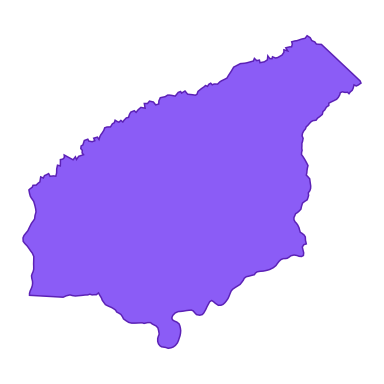 the district of Montalvânia, Minas Gerais, Brazil
{"feature_id": "56859067B79304737578850", "entity_name": "Montalvânia", "entity_type": "district", "adm_level": 2, "iso_a3": "BRA", "parent_name": "Brazil", "parent_adm1": "Minas Gerais", "projection": "albers", "projection_center": [-44.496, -14.472], "detail": "fine", "context": "isolated", "style": "filled", "palette": "violet", "viewbox_px": 384, "rotation_deg": 0, "n_neighbors": 0, "source": "geoboundaries", "source_scale": "gbopen_adm2", "svg_char_len": 4796}
<svg xmlns="http://www.w3.org/2000/svg" viewBox="0 0 384 384"><path d="M28.9,189.9L29.5,193.2L30.3,196.2L31.4,198.1L32.5,199.6L33.7,201.4L34.3,203.4L35.0,205.9L35.7,209.1L36.0,212.0L35.0,215.6L34.6,218.9L33.2,221.0L31.5,223.3L30.2,225.9L28.9,228.5L27.9,230.7L25.9,233.1L24.0,235.5L23.0,237.9L23.2,241.4L24.8,243.5L27.3,246.1L29.2,248.8L30.7,251.0L32.3,253.1L33.8,256.5L33.7,260.9L33.6,264.0L33.7,266.3L33.7,269.2L33.2,271.4L32.1,273.9L31.5,275.8L31.8,278.3L32.5,281.2L32.6,283.4L32.3,285.7L31.4,288.3L30.2,290.9L29.5,293.3L29.5,295.3L63.2,297.2L66.3,295.8L70.0,294.9L72.5,295.6L75.4,296.0L78.4,295.7L81.9,295.4L85.0,295.0L87.8,294.9L89.8,294.2L92.1,294.9L94.2,294.7L96.4,294.7L98.5,292.9L99.7,295.1L101.4,297.9L102.3,300.3L103.8,302.4L105.4,304.6L107.1,305.5L109.0,306.4L111.4,307.4L113.3,308.5L115.5,310.0L116.7,312.0L118.6,313.0L120.9,314.4L122.5,316.8L123.5,318.9L126.0,320.7L128.7,322.4L131.6,323.1L135.2,323.1L139.1,322.9L142.2,322.8L144.1,323.4L147.6,322.6L150.5,322.6L152.1,323.9L154.0,324.9L156.0,325.9L157.9,327.9L158.6,330.6L159.2,334.1L158.3,336.4L157.7,338.5L157.7,341.4L158.5,343.9L160.0,345.8L161.6,346.8L165.6,347.4L168.2,348.3L171.0,347.8L173.2,347.0L175.4,345.4L177.4,342.9L178.5,340.4L179.2,338.2L180.0,335.8L180.5,333.2L180.7,330.7L180.4,328.2L179.9,326.0L179.1,323.9L176.9,322.1L174.1,320.9L172.5,319.8L171.8,318.0L172.7,315.5L175.1,313.0L178.1,311.6L180.9,311.4L183.4,311.1L186.2,310.6L188.6,310.3L191.4,310.1L193.2,310.9L194.6,312.6L196.5,314.6L199.7,315.2L202.2,314.6L203.6,313.2L204.6,311.5L205.8,309.4L207.1,306.5L208.4,304.1L209.7,301.7L211.7,300.5L213.4,301.6L215.2,303.2L218.3,305.3L221.1,305.2L223.0,304.4L224.8,302.8L226.2,301.1L227.9,298.7L228.8,296.8L229.9,294.0L231.1,291.1L232.7,289.2L235.3,287.4L237.9,285.8L240.1,284.4L242.0,282.0L243.3,280.2L244.3,278.2L246.3,276.7L248.7,276.2L250.8,275.6L254.4,274.7L255.4,273.1L257.2,271.8L260.2,271.3L263.1,271.1L265.7,270.6L267.7,270.1L269.7,269.5L271.5,268.6L273.3,267.7L275.9,265.6L277.6,263.2L279.1,261.3L280.9,259.6L283.3,258.6L285.2,258.6L287.2,258.3L289.0,257.2L290.8,255.8L294.0,255.0L297.0,255.5L299.1,256.3L301.5,256.5L303.4,255.5L303.7,252.9L302.9,249.6L302.3,247.0L303.8,244.7L306.3,243.9L305.5,240.4L305.3,236.9L304.1,235.0L302.1,233.4L300.3,232.3L299.7,230.4L299.0,227.7L297.7,225.0L296.4,223.2L295.1,221.9L294.0,219.8L293.9,217.7L294.7,215.9L295.6,213.7L297.5,212.5L299.1,211.1L300.9,209.2L301.5,206.4L302.5,203.1L304.7,201.4L307.2,199.8L307.9,197.8L308.6,195.4L308.3,192.9L309.9,190.6L310.6,188.4L310.7,186.0L310.4,183.9L310.1,181.9L309.7,178.8L307.9,176.7L306.3,175.1L306.8,172.9L307.0,170.5L307.4,168.0L308.0,165.6L306.7,163.0L304.9,159.7L303.1,156.8L301.5,154.6L301.6,152.4L302.1,150.4L301.8,148.3L301.9,145.9L301.9,143.3L302.6,141.2L303.1,138.3L302.1,135.9L302.5,133.3L303.9,130.7L305.4,129.0L306.2,126.8L307.8,125.4L309.4,123.5L311.0,121.8L312.8,120.7L316.1,120.2L317.5,118.2L319.6,116.7L322.3,114.4L323.0,111.5L324.7,110.0L326.4,107.1L328.8,105.5L328.8,103.2L330.9,102.1L333.8,100.7L336.6,99.3L338.3,97.4L339.7,94.9L340.3,92.7L342.3,91.8L344.8,92.4L347.6,92.3L349.0,93.7L350.2,92.0L352.2,90.3L353.2,88.1L354.0,84.9L356.2,86.0L358.3,85.0L361.0,83.1L360.1,80.9L321.4,44.4L319.1,44.3L316.4,44.1L314.8,41.9L311.8,40.6L310.2,37.7L307.1,35.7L305.1,38.3L301.5,39.1L296.9,40.7L295.0,40.9L291.7,41.8L292.3,44.1L291.6,46.8L289.5,46.9L285.8,47.8L287.7,50.9L283.9,49.8L283.9,52.3L282.0,55.1L277.6,57.6L275.5,58.0L272.5,56.8L272.0,58.7L269.8,58.6L267.8,55.9L267.4,59.8L264.4,61.8L260.0,62.7L259.4,60.1L256.7,60.6L254.4,58.4L253.4,61.0L246.9,62.8L244.8,63.2L242.8,63.4L240.4,63.6L233.7,67.1L231.2,71.3L228.7,75.1L226.9,78.1L224.8,79.2L221.5,80.8L219.9,81.8L217.6,84.1L214.1,84.0L212.2,84.8L210.7,83.2L208.8,84.3L207.5,86.4L205.5,85.5L204.1,86.8L201.3,88.7L198.0,91.4L197.0,94.2L195.4,95.2L192.4,94.7L187.6,94.2L185.0,91.0L181.6,93.1L180.6,91.5L178.2,92.4L175.2,96.1L171.8,95.4L169.6,95.1L167.6,95.1L165.1,96.7L160.3,97.7L158.9,100.9L158.7,104.0L155.7,104.9L153.4,102.0L149.5,101.1L147.5,103.5L144.3,103.5L145.1,108.2L140.9,107.4L138.1,109.8L136.1,112.4L134.3,110.7L130.8,112.1L129.5,114.3L128.5,117.4L126.3,117.9L124.0,120.3L122.8,122.0L120.9,120.4L118.9,122.2L117.0,121.4L115.1,120.2L114.3,122.7L112.4,123.8L110.5,126.9L107.0,127.0L104.7,127.8L103.8,130.4L102.0,133.2L100.8,134.8L99.9,136.6L99.0,139.5L97.4,137.1L93.7,138.2L94.8,140.7L92.2,141.7L88.8,141.1L87.8,139.2L84.3,140.5L82.9,144.9L81.1,146.0L80.8,148.6L82.3,150.4L82.1,152.9L83.5,154.7L78.7,156.3L76.5,159.5L75.4,156.8L73.1,159.8L64.2,155.0L64.4,157.5L62.8,159.1L60.4,159.6L60.4,163.5L60.3,165.9L57.5,165.2L56.7,168.9L56.6,173.0L55.8,176.2L53.4,175.9L50.1,176.3L48.6,173.6L46.5,174.7L44.5,175.6L43.3,178.0L40.7,176.9L39.9,181.9L38.0,183.3L36.2,185.1L33.0,185.3L32.2,187.3L30.3,188.6L28.9,189.9Z" fill="#8b5cf6" stroke="#5b21b6" stroke-width="1.5"/></svg>